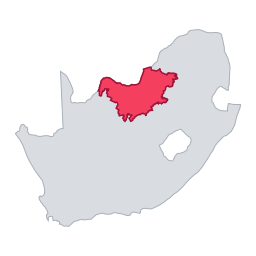 South Africa, with North West highlighted
{"feature_id": "ZAF-1201", "entity_name": "North West", "entity_type": "Province", "adm_level": 1, "iso_a3": "ZAF", "parent_name": "South Africa", "parent_adm1": "", "projection": "orthographic", "projection_center": [25.686, -26.361], "detail": "fine", "context": "in_parent", "style": "filled", "palette": "rose", "viewbox_px": 256, "rotation_deg": 0, "n_neighbors": 0, "source": "natural_earth", "source_scale": "10m", "svg_char_len": 8841}
<svg xmlns="http://www.w3.org/2000/svg" viewBox="0 0 256 256"><path d="M190.5,30.4L198.2,29.6L201.7,30.3L205.7,32.1L209.6,32.8L216.1,32.5L218.4,32.8L220.1,33.5L221.4,34.4L223.0,41.1L224.4,48.2L224.2,50.5L224.4,51.4L226.1,54.4L226.8,56.3L227.8,57.9L229.8,65.5L230.0,66.8L229.1,85.0L228.1,87.2L228.4,90.1L227.3,90.4L221.1,86.4L220.0,86.5L218.2,87.8L216.4,89.9L215.6,91.7L212.2,96.5L211.8,99.6L212.0,102.2L213.0,102.4L213.7,104.3L215.3,107.5L218.1,109.5L220.8,110.6L224.5,110.9L227.5,111.0L227.4,109.0L228.4,103.5L233.3,104.4L240.6,104.6L239.9,108.2L236.8,116.2L234.6,125.3L232.2,129.8L230.9,131.7L227.2,134.9L225.3,135.9L223.8,136.2L217.4,142.8L215.0,146.0L212.8,150.7L210.8,153.3L207.6,158.8L202.3,166.9L197.9,172.2L195.9,173.8L194.7,174.4L191.2,177.5L186.3,182.5L182.6,186.9L177.2,191.9L174.0,194.0L169.3,198.3L168.0,199.0L162.8,203.0L159.0,205.4L153.0,208.2L150.6,209.0L144.9,208.3L142.5,208.7L140.5,210.4L140.4,212.9L139.5,213.3L134.3,212.1L132.2,212.3L130.9,213.7L129.9,215.3L126.9,215.5L121.6,213.8L115.3,212.8L113.9,212.7L110.9,214.0L109.8,214.2L105.4,214.1L102.9,213.3L100.6,213.4L98.8,214.1L96.7,214.4L91.0,219.2L88.0,219.3L85.4,219.9L80.7,219.5L79.4,219.8L78.0,220.7L74.9,221.2L73.7,221.9L68.7,226.4L66.5,226.0L63.8,226.1L60.5,224.0L59.4,224.2L59.6,223.5L59.7,222.3L58.5,221.1L57.3,221.3L56.6,220.3L54.7,220.3L53.2,220.7L52.6,216.7L51.9,216.4L50.0,216.4L49.1,216.6L48.7,217.0L48.2,217.9L48.4,220.6L47.7,219.9L46.9,218.3L46.5,216.5L46.6,214.5L48.0,213.6L47.4,211.0L44.8,206.6L43.4,205.7L42.2,203.4L41.1,202.6L40.5,201.0L39.4,199.8L38.9,197.7L39.4,196.5L40.2,195.8L41.2,196.8L42.3,196.3L43.9,194.7L44.7,192.4L44.5,188.7L44.1,186.5L42.4,180.7L41.6,179.4L38.4,175.3L34.6,169.9L29.5,161.3L27.0,156.1L23.0,145.5L19.8,139.6L15.8,134.2L15.4,133.8L15.8,133.1L17.6,131.6L18.4,131.2L18.9,131.4L19.3,131.0L19.7,130.0L19.8,128.0L20.6,125.8L21.3,124.9L22.9,124.2L24.2,124.9L24.8,125.6L25.1,126.6L25.7,127.1L26.6,127.0L27.3,127.6L27.7,128.9L27.7,129.8L27.3,130.4L27.4,131.2L28.1,132.1L28.9,134.2L32.4,135.0L34.3,135.0L36.2,135.5L38.0,136.3L40.8,136.4L44.7,135.7L47.9,135.7L50.5,136.5L52.3,136.6L53.4,135.9L53.9,135.1L53.7,134.0L54.2,133.3L55.5,132.9L56.5,132.0L57.2,130.6L58.9,129.5L61.7,128.5L63.1,128.5L60.5,71.4L65.8,75.1L67.1,76.8L69.8,82.1L72.6,88.6L73.1,91.8L73.0,92.5L70.6,96.9L70.6,99.0L71.0,101.5L71.6,102.7L72.4,103.1L74.2,102.4L77.0,103.0L82.3,102.5L85.0,102.8L85.6,102.5L86.2,102.0L86.8,100.5L87.5,100.0L89.9,99.2L91.0,98.3L92.7,95.3L97.9,91.2L98.4,90.2L101.6,80.6L102.5,79.2L104.0,78.3L106.9,77.5L108.7,77.9L110.5,78.7L112.7,80.0L115.8,82.6L116.9,83.0L120.0,83.0L122.0,84.7L127.8,85.8L129.5,85.7L131.3,84.8L134.3,84.8L137.6,84.2L139.5,82.5L143.3,72.1L143.7,69.8L144.2,69.1L147.3,68.0L151.0,67.1L151.8,66.6L154.2,63.7L157.3,61.3L159.5,53.0L160.9,51.1L161.8,50.2L162.4,50.2L163.2,49.7L164.2,48.7L165.4,48.1L166.9,47.9L167.8,47.2L168.2,46.1L169.0,45.6L170.0,45.6L170.6,45.3L170.8,44.5L173.1,42.8L173.2,42.1L174.5,40.3L177.2,37.6L179.7,36.1L182.0,35.8L186.3,34.5L187.8,33.2L188.8,31.4L190.5,30.4ZM180.6,153.2L184.2,151.9L186.9,150.1L187.6,146.8L189.8,144.8L190.6,142.8L191.2,140.2L190.1,137.3L188.4,136.5L185.5,134.0L184.2,132.3L182.4,130.9L181.1,129.2L179.0,129.7L175.7,131.0L173.7,132.1L171.9,133.6L168.9,134.6L166.0,139.1L165.0,140.1L162.7,143.5L159.5,145.1L159.4,145.7L160.5,148.4L161.9,151.2L163.4,153.4L163.3,154.8L163.8,155.9L165.2,156.6L167.5,159.4L168.6,160.3L172.2,161.0L172.7,160.9L173.7,159.3L173.9,158.1L176.3,154.5L177.4,153.5L180.6,153.2Z" fill="#d9dde1" stroke="#a8b0b8" stroke-width="1"/><path d="M150.0,67.2L151.1,67.4L151.1,68.6L151.2,69.1L151.6,69.8L151.7,70.1L151.8,70.2L154.2,70.4L154.6,70.5L155.4,71.0L155.7,71.0L156.0,71.1L157.1,70.6L158.7,69.9L159.3,69.4L159.5,69.1L159.6,68.9L159.9,68.9L160.0,69.0L160.1,69.3L160.3,70.8L160.6,71.4L161.1,71.7L161.6,72.2L161.9,72.9L162.1,73.0L163.6,73.3L164.6,74.1L165.7,74.2L166.4,74.1L166.5,74.2L166.6,74.7L166.7,74.8L166.8,74.8L167.0,74.8L167.2,74.7L167.7,73.9L167.8,73.6L167.8,73.2L168.3,72.9L168.9,72.8L169.5,73.4L169.9,73.1L170.2,73.1L172.3,73.4L172.5,73.3L172.6,73.2L172.8,73.1L173.1,73.1L173.8,73.3L174.5,73.4L175.0,73.5L176.1,74.0L176.5,74.3L176.7,74.6L176.6,75.0L176.5,75.3L176.3,75.5L176.0,75.5L175.8,75.4L175.3,75.1L175.1,75.1L174.8,75.2L174.7,75.4L174.7,75.7L175.0,75.9L175.2,76.1L175.3,76.5L175.5,76.7L175.8,76.7L176.3,76.6L176.8,76.9L177.6,78.4L177.5,78.7L176.8,78.9L176.4,78.4L175.9,78.5L175.9,79.1L175.6,79.2L175.0,79.2L174.2,79.6L173.5,79.0L173.0,79.0L172.8,79.7L173.0,80.1L173.4,80.0L173.9,80.7L173.6,80.9L173.5,81.4L174.2,81.7L174.1,82.0L173.2,81.9L172.9,82.6L173.1,82.6L173.2,83.1L172.8,83.4L172.8,84.4L172.9,84.8L172.6,85.0L172.6,85.6L172.6,85.9L172.3,86.2L171.8,86.4L171.6,86.6L169.5,86.9L169.3,86.7L168.8,86.7L168.5,86.5L168.3,85.8L166.7,86.4L165.8,87.0L165.6,88.9L165.0,90.3L164.8,90.7L164.4,90.7L164.1,91.1L163.4,91.0L163.8,93.2L161.9,94.7L162.3,95.5L162.5,96.6L162.2,96.7L161.4,96.9L161.6,97.3L161.8,97.7L162.5,97.6L162.6,98.7L163.9,98.3L164.0,97.9L164.6,97.9L164.6,98.3L165.0,98.8L165.4,98.5L166.2,98.8L166.9,98.8L167.1,98.9L167.2,99.6L167.6,99.7L167.3,100.3L167.1,100.4L167.2,100.7L166.9,100.7L166.6,100.8L166.4,100.9L166.3,101.7L165.9,102.4L165.7,102.5L164.7,102.7L164.1,102.2L163.9,102.1L163.5,102.2L163.1,102.5L162.5,103.1L162.0,103.5L161.7,103.7L161.7,103.2L161.2,103.1L159.8,103.2L159.2,103.1L158.7,102.8L158.5,102.3L158.3,102.1L158.1,102.3L158.0,102.5L158.1,103.6L157.7,103.3L157.2,102.9L156.9,103.1L156.7,103.4L156.3,103.1L156.1,103.3L155.8,103.4L155.6,103.5L155.1,104.0L154.9,104.5L154.7,104.4L154.3,104.2L154.0,104.3L153.8,104.4L153.5,104.9L153.4,105.0L153.4,105.7L153.2,105.9L152.9,105.7L152.7,105.7L152.3,106.2L152.1,106.4L151.3,106.6L151.0,106.9L151.3,107.4L151.8,107.8L152.0,108.1L152.0,109.0L151.9,109.0L151.6,109.4L151.5,109.7L151.6,109.9L152.3,110.1L152.4,110.3L151.0,110.3L150.7,110.2L150.3,110.2L150.1,110.2L150.0,110.4L149.9,110.7L149.5,110.5L149.1,110.6L148.8,110.8L148.5,111.1L148.4,111.5L148.5,111.8L148.4,111.9L148.3,112.0L147.9,112.1L146.7,113.3L146.4,113.7L146.0,114.4L146.1,114.6L146.2,115.0L146.1,115.3L145.7,115.4L145.6,115.2L145.3,114.2L145.2,114.1L144.1,113.8L143.6,113.8L143.3,113.7L143.0,113.2L142.8,113.2L142.5,113.2L141.1,114.0L140.7,114.3L140.5,114.6L140.4,114.6L140.1,114.6L139.7,114.4L139.4,114.4L139.3,114.6L138.9,114.8L138.7,114.9L138.4,114.8L138.2,115.0L137.3,115.2L137.1,115.4L136.0,116.3L135.9,116.4L135.4,116.4L135.2,116.5L135.0,116.9L134.8,117.0L134.9,117.3L134.6,117.8L134.4,118.1L134.1,118.2L133.9,118.5L133.6,118.5L133.3,118.6L132.9,119.4L132.9,119.7L132.7,120.2L132.5,120.5L132.3,120.6L131.9,120.6L131.8,120.8L131.4,120.9L131.0,121.2L130.9,121.3L130.7,121.3L129.1,118.3L129.4,118.3L131.9,115.2L131.7,115.0L131.4,114.9L131.1,114.9L129.0,114.9L128.6,114.8L128.5,114.6L128.6,114.2L128.7,113.7L128.2,113.7L128.0,114.1L127.3,114.2L127.2,114.3L127.0,114.7L127.0,115.0L127.1,115.3L127.3,115.5L127.1,115.9L127.1,116.5L127.3,116.7L127.3,117.1L127.1,117.4L127.0,117.5L126.8,117.6L126.7,117.7L126.6,118.0L126.3,118.3L126.3,118.7L126.3,119.3L126.2,119.8L125.6,120.4L125.4,120.7L125.3,121.0L125.0,121.3L123.8,120.4L123.8,120.2L124.0,119.8L124.0,119.4L123.6,119.0L123.4,118.8L123.0,118.7L122.9,118.6L122.8,118.2L123.1,117.6L123.5,117.2L123.9,116.4L123.4,116.1L123.8,115.2L123.4,114.9L119.3,115.8L119.0,115.1L119.3,114.1L118.3,113.4L118.2,112.5L118.2,112.2L118.2,111.7L118.9,109.9L117.9,109.5L117.5,109.2L116.2,108.3L117.1,105.9L117.8,105.3L117.9,104.6L117.4,103.0L116.6,102.3L115.8,102.2L115.4,102.6L110.5,100.3L111.7,98.4L110.0,97.1L107.4,96.4L107.5,94.3L106.6,93.1L107.7,91.1L106.6,90.8L106.6,89.9L108.4,90.1L108.7,89.1L104.8,88.8L104.3,90.5L103.4,90.5L103.3,91.5L102.3,91.4L101.5,95.2L101.0,96.0L99.4,95.5L99.4,91.1L98.2,90.9L98.8,89.9L98.8,89.7L98.7,89.4L98.9,89.3L99.3,89.1L99.5,88.8L99.6,88.2L99.6,87.9L99.5,87.7L99.3,87.4L99.5,87.1L100.0,86.6L100.1,86.4L100.0,86.1L99.9,85.9L99.7,85.8L99.7,85.6L99.8,85.3L100.0,85.0L100.6,84.2L100.7,83.7L100.6,83.4L100.7,83.2L101.0,82.9L100.9,82.8L100.7,82.4L100.8,81.9L101.1,81.0L101.2,80.8L101.5,80.7L101.9,79.9L102.0,79.7L102.6,79.2L102.8,78.9L103.3,78.3L103.6,78.1L104.0,78.1L104.1,78.4L104.2,78.5L104.5,78.3L105.6,77.8L106.2,77.5L106.9,77.5L107.7,77.6L108.6,77.9L108.8,77.9L109.5,77.7L110.2,78.4L111.1,78.9L112.6,80.0L112.9,80.3L113.7,80.6L113.8,80.7L114.1,81.1L114.6,81.4L115.1,82.1L115.8,82.5L116.0,82.8L116.3,83.0L117.0,82.8L117.5,83.1L117.4,83.3L117.7,83.3L119.2,82.9L119.9,82.9L120.5,83.3L121.5,84.4L122.1,84.8L122.8,85.0L123.5,84.7L125.4,85.3L126.2,85.8L126.7,85.9L127.7,85.8L128.5,86.0L129.0,85.9L129.8,85.7L130.1,85.6L130.9,84.9L131.5,84.6L132.1,84.6L132.6,84.6L133.3,84.8L133.9,84.9L136.8,84.6L137.8,84.1L139.6,82.7L139.9,81.8L140.7,79.9L141.1,77.9L142.3,75.1L142.6,74.1L143.1,73.3L143.1,72.7L143.5,71.8L143.7,71.3L143.7,70.7L143.5,69.5L143.5,69.1L144.2,68.9L144.9,68.9L145.6,68.5L149.4,67.3L150.0,67.2Z" fill="#f43f5e" stroke="#9f1239" stroke-width="1.5"/></svg>